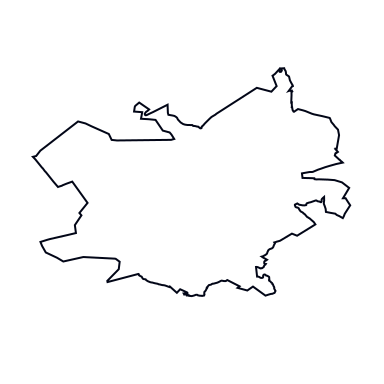 outline of Las Rosas, Chiapas, Mexico, rotated 263°
{"feature_id": "50627088B5732742459943", "entity_name": "Las Rosas", "entity_type": "district", "adm_level": 2, "iso_a3": "MEX", "parent_name": "Mexico", "parent_adm1": "Chiapas", "projection": "equal_earth", "projection_center": [-92.384, 16.369], "detail": "fine", "context": "isolated", "style": "outline", "palette": "ink", "viewbox_px": 384, "rotation_deg": 263, "n_neighbors": 0, "source": "geoboundaries", "source_scale": "gbopen_adm2", "svg_char_len": 5939}
<svg xmlns="http://www.w3.org/2000/svg" viewBox="0 0 384 384"><g transform="rotate(263 192 192)"><path d="M246.3,38.4L243.3,40.6L234.3,46.2L233.8,46.7L230.6,48.5L229.3,49.5L219.2,55.7L213.3,59.6L213.5,60.3L214.1,63.7L214.4,64.2L215.5,68.3L216.9,74.4L193.9,87.0L184.9,77.7L182.3,79.4L173.4,71.7L165.4,71.8L164.4,62.8L162.6,45.3L162.2,42.6L160.9,35.5L156.8,36.6L149.8,39.5L143.2,50.0L138.7,55.8L140.7,76.2L135.3,107.0L135.0,108.1L131.6,111.7L124.3,109.9L114.1,97.1L112.9,97.2L117.2,128.8L117.0,129.1L116.6,129.2L116.3,129.1L115.8,129.3L115.5,129.6L115.4,129.9L115.1,130.1L114.1,131.7L113.7,131.9L112.6,132.3L111.9,132.7L111.5,133.3L111.0,135.2L110.9,135.4L110.2,135.7L109.9,136.0L108.7,137.5L107.9,139.0L107.6,139.5L107.2,140.5L107.0,141.5L106.0,143.9L105.1,146.7L104.4,147.8L104.2,148.7L103.5,150.4L103.0,152.0L103.0,152.5L102.4,154.1L100.4,158.0L100.9,158.5L93.8,164.7L96.9,168.4L94.7,172.0L93.2,174.4L92.9,174.9L92.7,175.0L92.3,173.1L92.2,173.1L92.3,171.4L91.2,171.8L91.8,173.2L91.6,174.1L91.4,174.2L91.2,174.7L91.3,175.0L90.8,175.2L90.5,174.6L90.9,174.3L90.4,173.9L90.1,173.9L89.9,174.1L89.9,175.1L89.4,176.2L89.8,176.4L89.6,176.8L89.3,177.1L89.0,177.7L88.7,179.1L89.0,181.4L89.5,183.4L89.4,184.2L89.3,184.7L89.0,185.1L88.6,185.4L88.4,186.4L88.2,186.7L88.1,187.1L88.0,188.0L87.8,188.9L87.6,189.3L87.7,190.2L87.9,190.8L87.7,191.2L87.8,191.4L88.8,191.9L90.2,191.8L90.8,192.1L91.2,192.1L91.6,192.4L92.1,193.2L93.1,194.0L94.1,194.5L94.4,195.0L94.7,195.2L94.9,195.0L95.4,195.0L95.6,195.2L95.7,195.6L96.0,196.0L96.3,196.1L97.5,197.4L97.6,197.9L97.6,198.5L97.8,199.8L98.2,200.4L98.3,200.7L98.5,201.6L98.4,202.3L99.0,206.5L99.3,207.1L99.5,207.9L100.1,209.4L100.4,210.4L100.3,211.0L99.7,212.9L99.5,214.2L99.6,215.0L100.1,215.8L100.3,216.3L92.6,227.7L91.3,225.6L87.5,234.9L90.7,241.0L80.2,252.3L80.8,255.3L81.2,257.8L81.2,259.5L81.6,260.7L81.8,261.6L83.4,262.7L83.7,262.8L84.2,262.5L85.0,262.3L85.3,262.1L86.2,261.8L86.9,262.0L87.8,261.9L88.2,261.6L90.3,261.1L90.7,260.6L91.2,260.7L92.1,260.2L92.5,259.6L93.7,258.9L94.4,257.9L94.9,257.7L95.4,257.7L95.7,258.1L95.8,258.1L98.1,258.2L98.5,258.0L99.0,257.4L99.8,256.2L99.9,255.8L100.0,255.4L100.7,254.9L101.2,254.3L101.3,253.7L101.2,253.3L100.9,252.8L100.6,252.6L100.4,252.5L99.6,252.3L99.1,252.3L98.8,252.2L98.5,251.9L98.3,251.7L98.2,251.2L98.3,250.1L98.5,249.6L98.8,249.1L99.2,248.8L99.7,247.9L99.9,247.6L100.1,246.3L109.8,246.4L109.8,246.8L109.4,248.1L108.6,249.4L107.9,250.4L107.8,250.8L108.0,251.3L107.8,251.7L107.9,252.4L108.9,254.1L109.8,254.5L110.5,255.0L111.1,256.1L111.5,256.4L111.6,255.7L111.8,255.5L112.6,255.0L113.9,255.2L114.6,255.8L115.0,257.1L115.6,258.2L118.8,253.9L119.1,253.9L119.4,253.5L119.7,255.2L120.1,255.8L120.2,256.2L120.5,257.0L120.8,257.4L121.0,258.0L121.7,258.9L123.4,259.7L123.8,260.0L124.4,260.3L124.7,260.5L125.1,260.9L125.8,262.1L126.3,264.4L126.9,265.4L127.6,266.0L129.2,266.8L131.0,268.1L131.9,267.6L132.2,269.4L132.4,270.1L132.6,271.8L132.9,273.5L138.5,286.1L135.8,291.0L144.8,310.5L147.2,309.3L151.6,305.4L152.0,304.7L152.5,304.3L153.0,303.4L153.7,302.9L155.3,301.8L155.9,301.5L156.7,300.6L156.9,300.5L157.2,300.0L157.7,299.8L158.3,299.2L159.3,297.7L160.4,296.9L160.9,296.8L161.3,296.4L161.6,296.3L162.9,295.9L163.7,294.9L163.8,294.3L164.2,293.4L164.7,292.9L166.3,292.5L166.9,292.6L167.8,295.1L166.3,296.9L166.1,297.6L165.3,300.1L165.0,302.0L165.1,302.8L165.0,303.4L165.2,303.8L166.0,304.0L166.6,304.4L166.9,304.9L166.9,305.5L167.0,305.7L167.2,306.5L167.4,308.6L168.5,313.6L168.5,314.1L168.4,314.5L167.6,315.4L167.2,316.4L167.1,317.1L166.2,318.5L166.2,319.0L166.8,319.5L168.6,319.7L169.1,320.0L169.9,320.9L171.0,322.5L167.3,322.1L166.4,321.8L164.2,321.4L161.9,322.0L158.9,322.6L155.9,322.5L154.5,326.7L153.0,331.6L151.6,332.8L150.1,335.3L147.7,338.5L149.2,339.6L151.8,341.0L159.5,347.4L163.3,345.5L167.1,343.7L167.4,341.1L176.9,348.5L183.3,342.0L186.4,335.0L187.7,328.5L189.2,319.0L189.3,317.1L189.8,315.2L190.7,315.1L191.3,311.5L191.9,307.4L192.5,303.4L197.1,303.4L197.5,311.0L197.2,314.2L198.8,319.8L199.4,322.8L200.4,327.3L201.2,332.0L202.2,338.6L202.8,345.2L203.8,344.4L204.0,344.0L204.5,343.7L204.7,343.4L205.9,342.6L206.0,342.3L207.2,341.3L210.8,338.2L212.8,339.0L213.2,339.6L213.0,339.8L214.0,341.7L217.2,339.5L217.3,339.8L217.5,339.8L217.3,340.9L230.5,344.9L236.1,344.5L240.0,341.6L241.2,341.0L244.4,338.9L247.6,338.1L248.7,337.7L249.1,336.7L251.4,330.6L254.2,322.5L255.1,320.5L258.5,314.4L259.6,311.9L261.4,307.3L259.2,303.0L259.4,302.6L260.0,302.3L260.4,302.2L260.9,301.9L263.3,301.7L264.0,301.3L264.3,301.7L265.2,301.6L267.8,301.8L268.7,302.0L268.7,301.4L276.0,302.6L278.9,302.9L279.5,303.8L280.5,303.4L280.2,302.5L280.7,301.2L280.5,300.3L284.7,304.3L284.8,305.0L285.4,305.0L285.5,304.8L285.8,304.8L288.5,303.7L290.9,302.8L294.6,302.4L295.0,302.2L297.0,299.9L297.7,299.7L298.5,299.8L300.5,299.7L302.7,298.7L303.6,298.6L303.8,295.2L302.7,295.8L301.8,296.0L301.2,295.7L301.0,295.4L300.9,295.0L300.4,294.8L300.5,293.9L300.6,293.7L303.3,293.7L299.2,288.9L298.0,286.9L297.6,286.1L286.8,288.9L281.9,283.0L287.5,269.0L266.6,225.6L266.0,224.8L264.1,220.5L262.5,218.3L258.7,213.4L257.4,211.9L257.1,211.7L256.7,211.2L256.5,210.7L256.2,210.3L255.9,210.2L255.7,209.8L255.5,209.6L254.3,209.2L254.2,208.9L254.1,208.5L254.3,207.8L254.6,207.5L254.9,207.4L255.6,206.4L256.0,206.2L256.2,205.9L256.3,205.0L256.9,203.6L257.3,202.2L257.4,201.4L257.6,201.0L258.3,200.6L258.4,200.3L259.1,195.5L259.7,193.3L260.5,191.5L262.4,189.2L265.7,186.8L267.3,186.3L268.2,185.6L269.6,183.9L270.3,182.0L271.5,178.0L273.5,177.7L281.6,178.4L276.1,163.1L275.2,160.3L273.9,156.5L273.8,155.5L274.1,154.9L274.7,154.7L275.3,154.6L276.1,155.2L277.2,156.3L278.0,157.9L279.2,159.5L287.2,150.5L284.4,146.2L283.5,145.6L278.9,144.3L277.3,152.3L270.9,150.3L269.5,158.0L268.0,164.6L256.5,170.5L253.8,177.1L251.5,178.6L246.8,180.8L246.3,177.6L252.3,123.8L253.5,118.6L259.7,116.5L269.5,100.2L273.0,94.7L275.9,87.5L251.5,46.5L246.7,41.7L246.3,38.4Z" fill="none" stroke="#020617" stroke-width="2"/></g></svg>